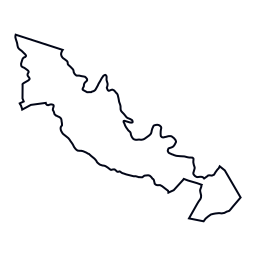 the district of La Resource, Laborie, Saint Lucia
{"feature_id": "8701671B45952926697202", "entity_name": "La Resource", "entity_type": "district", "adm_level": 2, "iso_a3": "LCA", "parent_name": "Saint Lucia", "parent_adm1": "Laborie", "projection": "albers", "projection_center": [-60.962, 13.748], "detail": "fine", "context": "isolated", "style": "outline", "palette": "ink", "viewbox_px": 256, "rotation_deg": 0, "n_neighbors": 0, "source": "geoboundaries", "source_scale": "gbopen_adm2", "svg_char_len": 5752}
<svg xmlns="http://www.w3.org/2000/svg" viewBox="0 0 256 256"><path d="M19.7,103.4L20.0,104.1L20.5,104.8L21.0,105.5L21.2,106.3L22.0,108.5L22.2,109.6L30.9,104.9L45.7,102.9L45.7,103.2L45.9,103.7L46.1,104.0L46.9,104.9L48.1,105.2L50.2,104.5L50.8,104.4L51.5,104.4L52.8,104.7L53.2,104.9L53.5,105.2L53.7,106.0L53.6,106.4L53.4,107.2L53.0,108.5L52.8,109.9L53.0,110.3L53.5,111.1L54.0,112.3L54.4,113.9L54.7,114.4L55.6,115.2L56.0,115.6L56.3,115.6L57.4,116.2L59.4,117.1L60.2,117.7L60.8,118.3L61.2,119.0L61.5,120.2L61.6,121.4L61.9,123.0L62.0,124.8L62.0,125.3L61.0,126.7L60.7,127.4L60.6,128.5L60.8,129.9L61.3,131.2L62.3,132.9L62.7,133.5L63.3,134.1L67.7,137.6L68.4,138.2L69.3,139.3L70.0,140.3L70.4,141.0L71.0,141.8L72.0,143.2L72.4,143.8L72.9,144.6L73.4,145.6L74.1,147.0L75.2,148.5L76.0,149.4L77.0,150.2L77.7,150.6L79.7,150.8L81.4,150.8L81.9,151.0L82.3,151.0L83.3,151.3L84.7,151.9L86.3,152.6L88.1,153.7L88.9,153.9L91.1,155.9L94.3,158.5L94.9,159.1L96.2,160.6L96.8,161.8L97.5,162.7L99.3,164.2L100.1,164.7L102.5,165.5L103.6,165.6L104.6,165.8L105.6,166.2L107.8,167.6L110.1,169.4L111.0,169.9L111.3,169.9L112.2,169.6L113.6,169.4L114.3,169.4L114.7,169.5L115.6,170.2L116.3,170.9L117.1,171.6L117.7,171.8L118.1,171.8L119.2,171.5L119.7,171.4L120.5,171.9L121.3,172.5L121.9,172.9L122.6,173.2L123.7,173.5L125.1,174.0L126.2,174.4L130.6,175.5L133.4,176.2L134.1,176.3L135.1,176.2L135.9,176.3L137.4,176.7L138.9,177.2L139.4,177.1L140.0,177.2L142.0,177.3L142.4,177.2L144.2,175.8L145.2,175.5L146.0,175.5L147.7,175.3L148.4,175.3L149.7,175.7L150.1,176.0L151.0,176.8L151.8,177.7L152.3,178.5L152.5,178.7L153.2,179.1L153.6,179.6L154.0,180.5L154.1,181.1L154.5,182.6L154.6,183.3L154.7,183.7L155.0,184.0L155.8,184.7L156.9,185.1L157.8,185.2L159.8,185.1L160.3,185.2L162.1,186.2L163.8,187.5L165.2,188.6L167.7,190.5L168.0,190.7L168.3,191.6L168.4,192.6L173.7,190.2L183.0,180.0L183.8,178.9L188.0,180.5L196.9,183.1L201.7,184.8L201.4,185.4L201.3,186.7L200.4,189.1L200.1,190.4L200.3,191.9L201.1,195.4L201.0,197.5L200.3,199.2L198.7,201.4L197.3,203.7L189.0,218.4L203.6,221.3L205.6,218.6L208.1,216.5L210.9,214.5L213.2,213.9L215.3,213.5L219.1,213.1L221.7,213.4L224.4,212.9L226.8,211.6L227.9,211.3L229.3,210.8L230.8,209.1L233.0,206.4L240.6,197.5L224.8,170.4L219.7,166.3L218.7,168.3L217.4,169.6L215.5,172.2L214.0,174.7L211.9,175.6L209.3,175.3L208.1,175.5L207.2,176.3L204.1,178.5L203.2,177.5L202.5,177.1L201.9,176.9L200.9,176.8L200.0,176.8L197.4,177.1L196.8,177.0L196.5,176.9L195.1,176.1L193.9,174.8L193.5,174.2L193.4,173.7L193.3,173.0L193.5,172.4L194.5,168.9L194.7,167.9L194.5,166.9L193.8,164.8L193.4,162.8L193.3,162.1L193.4,160.5L193.5,159.2L193.4,158.5L193.1,158.2L192.8,157.9L192.2,157.6L189.0,157.5L187.4,157.2L184.7,156.5L184.0,156.4L180.2,156.2L177.0,155.9L176.2,155.8L174.0,155.1L172.9,154.6L171.9,154.3L169.3,153.1L168.8,152.8L168.5,152.5L168.3,152.1L167.9,151.4L167.8,150.9L167.8,150.4L168.2,149.1L168.5,148.5L168.8,148.3L169.5,148.0L170.4,147.8L172.0,147.2L172.6,146.9L173.3,146.4L173.9,145.7L174.7,144.6L175.8,142.4L176.0,142.0L176.0,141.4L175.7,140.6L175.4,139.9L174.9,139.3L173.9,138.1L171.8,136.5L171.4,136.3L170.5,136.1L169.5,136.1L168.3,136.2L165.8,136.9L164.5,137.1L163.8,137.4L162.8,137.4L161.8,137.1L161.6,136.9L160.9,136.2L160.7,135.2L160.6,133.7L160.7,131.2L160.9,129.6L161.2,128.3L161.2,127.5L160.9,126.7L160.5,126.3L159.6,125.5L158.5,125.0L157.9,124.9L157.4,124.8L156.1,124.9L154.8,125.2L154.0,125.5L153.6,125.8L153.3,126.4L152.3,128.6L151.7,130.7L151.5,131.9L151.0,133.5L150.1,134.6L149.0,135.6L145.1,138.4L144.2,139.0L142.9,139.5L141.1,139.8L139.7,139.6L138.3,139.6L136.9,139.8L135.8,139.8L134.5,139.5L133.6,139.1L133.1,138.7L132.8,138.3L132.1,137.4L131.6,136.5L130.9,134.7L130.7,133.2L130.2,132.1L129.9,131.8L128.3,130.4L126.1,127.3L125.5,126.2L125.1,125.5L124.3,123.3L123.7,122.3L123.6,121.8L123.6,121.3L123.7,121.0L124.0,120.9L124.4,120.8L124.8,120.9L126.1,121.3L128.4,122.0L130.0,122.5L131.7,122.6L132.1,122.5L132.5,122.3L132.6,122.0L132.6,121.3L132.4,120.8L132.1,120.2L131.2,119.6L130.1,119.0L127.6,118.0L127.0,117.6L126.5,117.2L124.0,114.1L121.7,111.7L121.0,110.7L120.7,109.8L120.6,109.3L120.5,106.1L120.1,104.5L119.4,102.6L119.1,101.7L118.8,99.9L118.5,98.2L117.7,94.9L117.2,93.9L116.8,93.4L115.8,92.5L115.3,91.7L114.5,90.9L113.9,90.3L113.0,89.9L112.5,89.7L112.1,89.7L111.5,89.8L109.5,90.6L108.9,90.8L108.5,90.7L108.1,90.4L107.8,90.1L107.2,88.9L106.9,88.1L106.8,87.8L107.4,86.0L107.6,84.6L107.6,84.1L107.5,83.3L106.6,80.3L106.5,79.4L106.6,77.5L106.6,76.8L106.5,76.2L105.9,75.3L105.6,75.0L105.3,74.9L104.8,75.0L104.4,75.2L103.4,75.8L102.3,77.4L101.6,78.4L100.4,80.7L98.6,83.7L97.8,85.5L96.2,88.4L95.3,89.9L95.0,90.2L93.7,91.1L91.8,91.7L91.3,92.1L87.1,92.2L83.1,90.0L82.7,89.6L82.6,89.2L82.7,88.6L83.2,87.5L83.6,86.8L83.8,86.4L84.0,84.4L84.2,83.8L84.7,82.9L85.1,82.4L86.6,81.0L86.9,80.7L87.1,80.2L87.1,79.7L87.1,79.4L87.0,79.0L86.4,78.2L86.1,77.8L85.5,77.2L85.0,76.8L83.8,76.5L81.8,76.2L79.2,75.6L77.2,75.6L76.7,75.6L76.2,75.4L75.6,74.9L75.3,74.6L74.7,74.0L74.4,73.5L74.1,73.0L73.8,72.4L73.4,70.2L72.8,69.2L70.5,66.8L68.7,65.2L68.0,64.5L67.8,64.0L67.6,62.1L67.2,61.4L66.8,60.9L64.6,59.2L63.1,58.2L62.2,57.2L61.7,56.3L61.5,56.0L61.1,54.5L61.1,53.8L61.2,53.4L61.3,52.7L62.2,50.6L62.7,49.9L15.7,34.7L15.4,36.0L15.4,36.8L15.4,37.5L15.9,39.3L17.0,42.7L17.3,44.2L17.5,45.6L18.0,47.4L18.2,47.8L19.0,48.8L19.9,49.6L21.3,50.6L21.9,51.1L24.4,53.6L24.9,54.0L25.7,55.0L26.0,55.7L25.9,56.2L25.2,57.0L23.7,57.6L23.1,58.2L22.6,58.9L22.1,60.3L21.1,63.6L21.1,64.2L21.2,65.3L21.3,65.8L21.5,66.2L21.9,66.6L22.4,67.0L24.4,67.9L27.3,70.0L28.2,70.8L28.6,71.5L28.6,72.2L27.7,73.8L27.6,74.3L27.5,74.9L27.7,75.6L28.0,76.2L29.2,77.7L29.6,78.7L29.5,79.2L28.8,80.0L28.2,80.5L23.7,83.1L22.7,83.9L22.6,84.2L22.5,84.6L22.6,85.2L22.5,98.4L23.7,101.5L19.7,103.4Z" fill="none" stroke="#020617" stroke-width="2"/></svg>